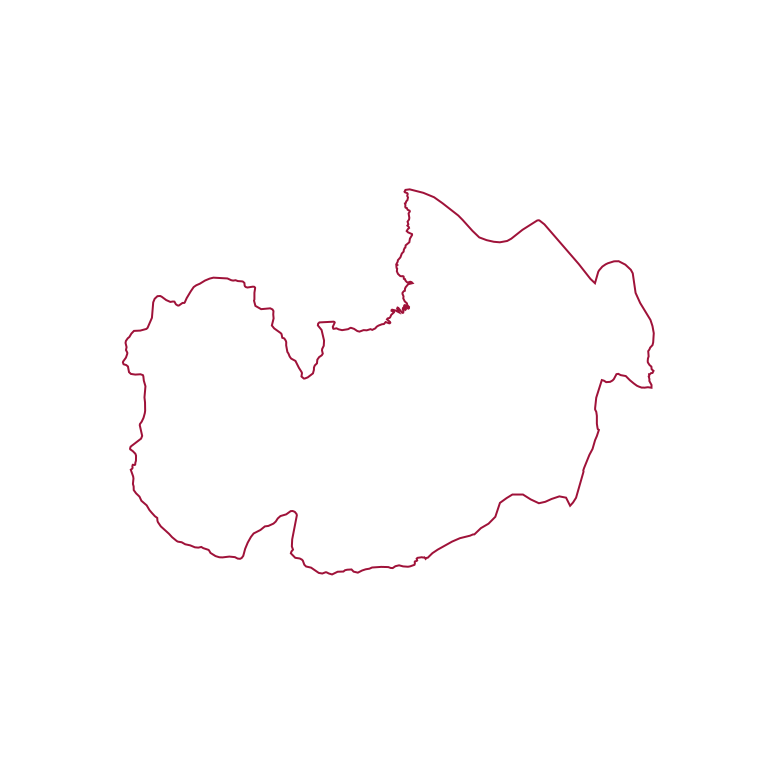 outline of Paksxong, Champasak, Laos, rotated 140°
{"feature_id": "54806243B99884801714166", "entity_name": "Paksxong", "entity_type": "district", "adm_level": 2, "iso_a3": "LAO", "parent_name": "Laos", "parent_adm1": "Champasak", "projection": "orthographic", "projection_center": [106.383, 15.076], "detail": "fine", "context": "isolated", "style": "outline", "palette": "rose", "viewbox_px": 768, "rotation_deg": 140, "n_neighbors": 0, "source": "geoboundaries", "source_scale": "gbopen_adm2", "svg_char_len": 6166}
<svg xmlns="http://www.w3.org/2000/svg" viewBox="0 0 768 768"><g transform="rotate(140 384 384)"><path d="M157.7,350.8L158.5,403.2L159.8,409.4L160.5,410.2L161.6,410.8L178.8,413.1L193.1,413.5L197.7,414.4L204.2,418.1L208.4,422.3L212.9,428.2L216.8,435.1L217.8,444.5L218.3,459.0L218.8,465.3L223.0,485.0L225.6,494.9L231.0,505.2L239.2,516.6L242.8,518.9L244.7,518.1L244.7,517.4L243.5,515.2L243.7,514.3L245.3,513.2L245.7,511.5L247.9,509.8L249.7,509.6L250.9,508.7L251.9,508.9L252.6,507.3L253.9,506.0L254.1,505.1L253.4,504.2L253.9,502.3L253.0,500.3L253.4,499.5L255.5,498.9L257.8,495.0L259.1,493.9L261.6,493.2L262.7,490.7L264.3,490.3L264.1,488.5L264.5,487.4L266.2,487.3L268.3,486.6L268.1,484.7L266.2,480.8L266.7,480.1L270.7,478.7L273.5,476.3L278.3,476.3L279.9,474.8L280.8,474.9L282.6,474.0L283.9,472.8L286.5,472.5L290.0,470.5L293.8,469.9L294.9,468.9L297.6,467.8L297.3,466.6L298.5,466.7L299.8,464.8L299.7,464.0L301.7,462.1L302.5,459.4L302.2,456.4L301.6,455.5L300.2,454.5L299.9,453.7L301.2,451.8L300.5,450.7L301.1,449.6L301.0,447.2L300.5,446.4L298.2,445.5L297.4,444.3L297.3,442.9L301.3,444.9L305.3,444.2L306.8,443.4L308.1,442.0L309.2,442.4L311.1,442.0L311.9,441.2L312.7,438.6L314.2,437.2L315.0,433.9L314.6,431.1L315.5,429.3L315.3,426.9L316.2,426.0L316.8,426.0L317.2,426.7L317.1,430.1L317.2,431.0L317.6,431.2L318.6,430.8L318.5,428.6L319.3,427.1L320.0,427.1L320.1,429.9L320.6,430.0L321.6,429.2L322.2,427.4L323.4,426.3L323.9,426.4L324.3,426.9L324.1,433.1L324.5,433.8L325.5,433.3L326.4,429.2L328.0,433.0L330.0,435.7L330.8,435.7L331.2,435.2L330.0,432.8L330.2,432.5L334.0,432.3L336.5,431.1L337.4,431.1L339.1,431.9L340.2,431.6L339.5,427.8L339.8,426.9L340.4,426.8L341.0,427.1L342.9,430.4L345.5,430.0L347.2,431.1L350.7,432.3L352.8,432.6L354.9,432.2L358.2,433.0L359.1,434.7L362.7,436.2L365.0,438.4L369.1,439.9L370.4,441.7L371.5,445.5L373.0,448.0L373.7,448.6L376.3,449.1L381.5,452.2L383.6,455.0L384.6,457.2L387.1,458.6L387.3,459.1L386.5,460.7L382.3,462.7L382.1,463.4L382.5,464.1L393.9,472.7L395.6,472.6L397.0,471.4L397.1,465.5L402.0,455.8L405.6,452.0L408.8,450.6L409.9,449.6L411.4,446.6L413.2,446.0L416.4,446.3L419.4,445.5L422.1,442.9L425.1,442.7L427.1,441.6L428.6,439.9L431.6,437.8L438.2,438.1L441.1,439.1L441.9,439.7L442.4,442.8L439.8,445.1L439.4,446.4L438.8,451.0L437.0,458.6L438.8,463.2L438.6,465.7L437.6,468.8L437.4,470.7L434.1,476.5L432.0,478.9L431.4,480.4L431.1,483.0L432.2,484.8L430.4,488.1L430.4,489.4L432.4,497.2L432.3,500.9L426.4,505.2L424.2,508.4L421.8,510.9L421.5,512.8L422.5,515.1L430.0,520.3L432.3,526.5L430.0,531.4L428.9,532.1L424.6,537.2L421.2,540.2L420.8,540.7L420.9,541.8L421.8,542.8L426.6,545.7L427.5,547.0L427.7,548.2L427.4,549.1L426.0,551.1L426.2,553.0L426.6,553.7L429.8,556.8L431.0,558.9L433.1,560.2L434.3,561.7L436.1,565.5L446.3,575.1L449.8,576.8L454.6,578.3L460.6,579.2L464.3,580.3L467.5,580.6L472.5,579.2L480.0,576.6L484.3,574.5L484.9,574.5L486.2,575.6L490.8,576.0L491.6,576.8L492.2,578.8L491.6,581.8L492.7,582.9L494.9,584.2L496.9,588.3L498.2,593.8L498.9,595.3L501.1,596.9L504.9,596.7L508.3,594.9L519.2,583.9L529.0,579.0L530.6,578.9L536.4,581.6L541.4,585.4L545.1,585.0L548.8,583.7L551.0,583.7L554.0,582.9L555.6,581.6L557.5,577.7L559.8,575.9L560.5,573.0L561.2,572.2L564.7,570.1L569.4,568.9L570.2,568.3L570.8,566.5L569.3,564.2L568.9,562.0L571.7,557.0L571.4,554.4L568.5,551.1L564.3,548.0L563.0,545.8L563.4,544.6L565.8,541.0L568.2,535.6L576.1,527.7L578.9,523.5L584.2,517.0L586.0,515.4L589.9,512.7L593.8,510.9L596.7,510.2L597.6,509.4L602.6,499.7L605.2,498.3L618.3,498.9L619.9,497.9L620.4,497.1L619.6,494.1L619.3,490.4L620.0,488.5L623.4,484.6L625.0,483.6L626.4,482.2L627.0,482.2L628.4,483.6L629.6,482.8L630.5,481.4L631.3,481.0L633.1,481.1L635.6,474.4L636.7,472.6L640.6,468.8L641.6,466.5L643.9,463.6L644.2,459.6L643.7,454.9L644.9,450.5L643.8,443.6L644.7,438.3L644.7,435.0L644.5,430.0L643.8,427.2L645.5,424.8L646.0,423.4L646.5,418.4L645.0,407.5L644.8,402.9L643.7,396.9L643.2,395.7L640.7,392.8L639.3,389.0L636.2,385.0L633.8,380.4L631.4,378.0L628.7,376.6L628.0,374.5L625.1,369.8L625.0,369.0L625.5,366.1L623.7,360.5L621.5,357.1L619.2,355.0L613.4,351.2L609.5,347.2L608.3,344.3L606.6,342.6L604.9,342.2L602.3,342.8L596.3,347.0L590.3,350.1L584.2,352.4L579.9,353.3L572.5,351.6L566.8,351.5L563.8,349.6L558.4,348.1L555.4,348.2L551.8,349.3L548.2,349.4L542.7,347.0L537.2,346.6L535.7,345.5L535.0,344.4L534.5,343.1L534.6,340.5L535.2,339.4L554.2,324.0L559.0,318.8L560.2,315.6L562.5,315.2L564.2,314.2L563.7,307.9L560.7,304.5L559.8,302.3L559.7,300.9L561.2,296.8L561.0,294.3L557.9,290.2L555.4,281.2L553.1,278.5L549.7,277.3L549.1,276.7L548.0,274.2L546.2,271.5L540.2,270.0L535.6,266.4L533.6,266.4L531.6,265.4L528.1,262.8L527.9,259.8L525.3,256.3L520.6,255.2L517.1,253.8L513.9,251.9L511.1,251.1L503.7,245.7L498.4,241.0L497.0,238.6L495.6,237.4L492.4,237.1L489.0,235.4L486.6,232.0L483.1,228.6L481.2,227.5L476.9,225.9L475.8,226.6L474.8,228.0L474.3,228.2L472.7,227.5L472.0,227.5L471.3,229.2L470.1,229.3L466.4,227.0L465.5,225.8L464.5,225.3L464.5,223.3L463.5,223.6L462.1,222.8L455.7,223.3L449.3,222.6L433.1,219.5L425.0,217.1L415.6,212.5L412.6,211.6L411.4,210.7L402.4,211.3L393.7,209.8L384.1,210.7L371.6,218.4L363.4,217.8L356.7,216.8L348.6,210.0L345.8,201.3L342.0,193.1L336.2,190.1L329.5,188.2L321.9,185.2L317.6,179.9L319.7,171.1L315.4,171.7L310.0,173.4L287.5,188.6L286.9,189.7L284.8,191.0L272.2,197.7L266.0,200.2L258.4,205.3L254.4,207.3L248.9,210.7L249.2,212.0L248.8,212.9L246.5,216.7L241.4,222.8L239.3,226.2L238.7,228.7L237.8,229.8L230.2,237.1L214.6,247.0L213.4,245.2L212.6,242.6L209.4,240.3L206.7,239.8L204.8,240.0L199.6,242.1L198.0,241.2L197.0,238.7L193.7,234.7L193.2,228.8L192.3,223.9L191.4,220.2L190.5,218.3L189.0,215.7L186.6,213.6L183.9,211.9L181.5,209.2L179.7,211.3L178.8,215.7L177.5,217.2L176.3,219.7L175.6,219.7L174.7,221.1L174.0,220.6L172.6,220.7L171.2,219.9L169.1,220.8L169.5,223.2L168.0,225.5L168.4,227.8L168.0,230.9L167.3,232.0L165.5,233.8L163.5,235.1L160.5,239.3L158.4,239.9L156.7,240.8L153.3,241.2L151.0,242.9L144.7,249.5L141.1,255.8L138.7,261.8L135.7,281.4L132.7,292.1L122.3,308.9L121.5,312.9L122.4,320.3L125.3,327.2L128.9,330.1L134.9,332.6L137.3,333.2L141.3,333.6L146.2,332.8L147.8,332.2L157.6,325.6L158.3,331.8L157.7,350.8Z" fill="none" stroke="#9f1239" stroke-width="2"/></g></svg>